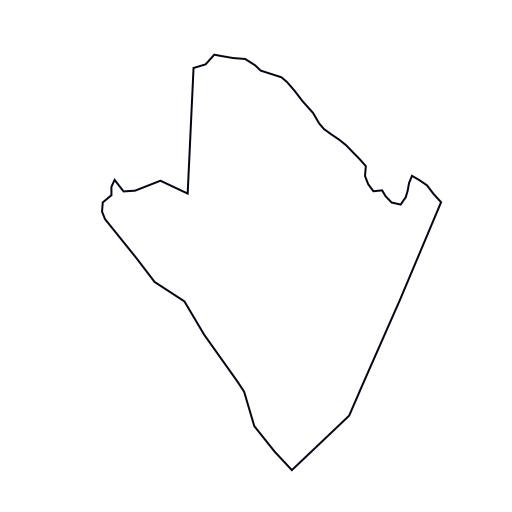 Cacimba de Dentro, Paraíba, Brazil, rotated 210°
{"feature_id": "56859067B66025103002424", "entity_name": "Cacimba de Dentro", "entity_type": "district", "adm_level": 2, "iso_a3": "BRA", "parent_name": "Brazil", "parent_adm1": "Paraíba", "projection": "mercator", "projection_center": [-35.805, -6.618], "detail": "fine", "context": "isolated", "style": "outline", "palette": "ink", "viewbox_px": 512, "rotation_deg": 210, "n_neighbors": 0, "source": "geoboundaries", "source_scale": "gbopen_adm2", "svg_char_len": 893}
<svg xmlns="http://www.w3.org/2000/svg" viewBox="0 0 512 512"><g transform="rotate(210 256 256)"><path d="M117.9,88.5L107.3,124.3L95.5,164.3L99.4,198.0L109.4,290.1L122.6,395.1L133.3,398.5L143.2,402.7L152.5,403.4L161.0,403.4L159.9,395.6L157.4,388.7L155.7,381.9L156.4,372.9L165.3,370.1L173.5,372.5L179.6,375.9L186.7,370.8L194.8,374.3L201.6,379.8L205.8,388.7L214.0,391.5L223.7,394.2L233.0,396.9L241.9,398.3L251.7,399.0L260.6,399.9L267.4,402.3L278.1,408.4L293.3,413.4L304.8,418.2L315.9,422.1L323.3,423.5L333.9,421.2L344.6,418.9L352.1,420.7L363.9,421.2L375.0,415.9L386.7,411.6L392.8,409.5L395.5,396.7L404.1,387.6L346.4,275.9L376.4,273.4L393.4,252.1L403.0,245.7L416.5,251.2L415.8,243.6L411.6,236.4L415.5,225.8L411.5,217.4L405.1,212.4L358.1,194.2L330.8,182.8L295.3,180.9L261.3,161.8L209.1,137.9L198.4,132.5L172.4,107.8L142.1,95.9L117.9,88.5Z" fill="none" stroke="#020617" stroke-width="2"/></g></svg>